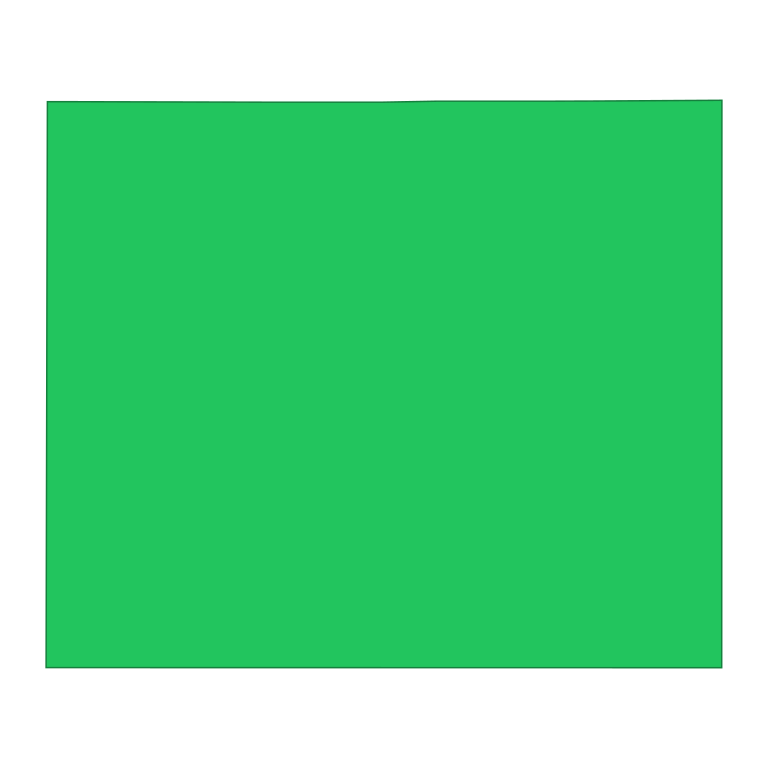 Mitchell, Iowa, United States of America
{"feature_id": "52423323B1744972810142", "entity_name": "Mitchell", "entity_type": "district", "adm_level": 2, "iso_a3": "USA", "parent_name": "United States of America", "parent_adm1": "Iowa", "projection": "albers", "projection_center": [-92.779, 43.357], "detail": "fine", "context": "isolated", "style": "filled", "palette": "green", "viewbox_px": 768, "rotation_deg": 0, "n_neighbors": 0, "source": "geoboundaries", "source_scale": "gbopen_adm2", "svg_char_len": 319}
<svg xmlns="http://www.w3.org/2000/svg" viewBox="0 0 768 768"><path d="M47.4,101.7L46.3,583.3L46.1,667.6L721.7,667.7L721.9,100.3L584.4,101.1L578.5,101.1L550.9,101.2L527.4,101.2L522.0,101.2L501.2,101.2L437.1,101.2L382.4,102.2L267.9,102.2L71.0,101.7L47.4,101.7Z" fill="#22c55e" stroke="#15803d" stroke-width="1.5"/></svg>